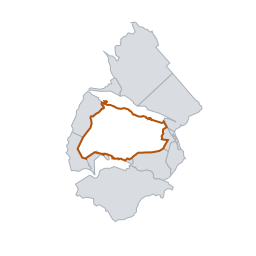 map of Saudi Arabia with Sudan, Israel, Lebanon and 12 others greyed out, rotated 137°
{"feature_id": "SAU", "entity_name": "Saudi Arabia", "entity_type": "country or territory", "adm_level": 0, "iso_a3": "SAU", "parent_name": "Asia", "parent_adm1": "", "projection": "natural_earth1", "projection_center": [44.88, 24.248], "detail": "fine", "context": "with_neighbors", "style": "outline", "palette": "amber", "viewbox_px": 256, "rotation_deg": 137, "n_neighbors": 15, "source": "natural_earth", "source_scale": "50m", "svg_char_len": 10214}
<svg xmlns="http://www.w3.org/2000/svg" viewBox="0 0 256 256"><g transform="rotate(137 128 128)"><path d="M54.7,203.4L51.6,201.3L50.2,200.0L50.7,194.5L48.4,191.6L48.0,188.4L46.6,186.9L46.6,184.2L45.8,182.3L44.3,182.6L45.9,178.9L45.5,176.9L46.8,175.4L46.0,174.3L49.1,167.8L52.6,168.1L53.1,147.1L57.8,147.1L58.1,137.5L105.9,137.5L107.2,142.2L106.3,143.1L106.8,148.0L108.2,153.8L112.0,156.7L109.9,159.5L106.9,160.2L105.6,161.7L103.3,171.9L103.7,173.8L103.0,177.9L101.3,182.7L98.8,185.0L96.6,190.6L94.7,192.0L93.4,197.0L93.4,201.3L93.4,197.5L92.8,197.4L92.4,193.4L90.4,191.5L89.9,188.1L90.4,184.6L88.5,184.2L88.2,185.3L85.8,185.5L86.7,186.9L87.1,189.8L82.7,195.9L80.6,196.4L77.2,193.6L75.6,194.6L75.2,196.0L73.0,196.9L72.9,197.8L68.8,197.8L68.2,196.9L65.3,196.7L63.8,197.5L62.7,197.1L59.9,193.0L56.9,193.7L54.7,200.1L52.0,201.6L54.7,203.4Z" fill="#d9dde1" stroke="#a8b0b8" stroke-width="1"/><path d="M102.9,83.4L101.7,87.6L100.3,87.0L99.4,90.2L100.3,90.7L99.3,91.4L99.1,92.6L101.0,92.0L101.0,93.8L98.9,101.5L96.5,93.3L97.7,91.7L100.0,84.3L102.9,83.4Z" fill="#d9dde1" stroke="#a8b0b8" stroke-width="1"/><path d="M102.9,83.4L100.1,84.3L103.7,76.8L105.5,77.1L106.0,78.9L103.9,80.7L102.9,83.4Z" fill="#d9dde1" stroke="#a8b0b8" stroke-width="1"/><path d="M101.0,92.0L99.1,92.6L99.3,91.4L100.3,90.7L99.4,90.2L100.3,87.0L101.7,87.6L101.0,92.0Z" fill="#d9dde1" stroke="#a8b0b8" stroke-width="1"/><path d="M101.7,87.6L102.4,86.1L106.7,88.0L114.5,82.9L115.9,88.7L107.3,91.9L111.1,96.7L109.8,97.5L109.1,99.1L106.1,99.8L103.4,103.0L99.0,102.2L98.9,101.5L101.0,93.8L101.7,87.6Z" fill="#d9dde1" stroke="#a8b0b8" stroke-width="1"/><path d="M165.1,126.8L165.8,126.5L166.0,127.8L169.1,127.1L174.8,127.4L182.9,118.1L183.7,119.7L184.3,123.5L182.3,123.5L182.0,126.6L182.7,127.3L181.0,128.3L181.0,130.2L179.0,135.2L166.9,132.7L165.1,126.8Z" fill="#d9dde1" stroke="#a8b0b8" stroke-width="1"/><path d="M162.0,124.3L161.7,120.8L162.7,118.3L163.8,117.8L165.0,119.3L165.1,122.1L164.3,124.9L163.2,125.3L162.0,124.3Z" fill="#d9dde1" stroke="#a8b0b8" stroke-width="1"/><path d="M150.4,99.2L152.2,106.1L149.4,106.2L148.4,103.9L144.9,103.4L147.8,98.8L150.4,99.2Z" fill="#d9dde1" stroke="#a8b0b8" stroke-width="1"/><path d="M115.9,88.7L114.5,82.9L123.2,77.9L124.7,72.1L124.4,68.6L126.5,67.4L128.5,64.4L130.1,63.7L134.6,64.3L136.0,65.5L137.8,64.7L140.3,70.4L142.9,71.9L143.2,74.7L141.2,76.3L140.3,80.1L143.0,84.6L147.8,87.3L149.9,90.9L149.3,94.4L150.5,94.4L150.6,96.9L152.8,99.5L147.8,98.8L144.9,103.4L137.6,103.1L126.5,93.4L120.7,90.0L115.9,88.7Z" fill="#d9dde1" stroke="#a8b0b8" stroke-width="1"/><path d="M179.8,134.1L179.9,132.2L181.0,130.2L181.0,128.3L182.7,127.3L182.0,126.6L182.3,123.5L184.3,123.5L186.2,126.8L188.5,128.5L193.8,130.0L196.9,134.4L198.3,135.0L198.3,136.0L193.2,145.1L191.4,144.8L190.6,146.0L190.0,148.4L190.2,152.2L188.3,152.2L185.8,154.0L185.5,156.3L184.5,157.3L182.0,157.3L180.4,158.5L180.5,160.4L178.5,161.7L176.3,161.3L171.7,163.2L167.1,151.9L179.2,147.1L181.7,137.5L179.8,134.1ZM183.7,119.7L182.9,118.1L184.0,116.4L184.5,116.9L183.7,119.7Z" fill="#d9dde1" stroke="#a8b0b8" stroke-width="1"/><path d="M152.8,99.5L150.6,96.9L150.5,94.4L149.3,94.4L149.9,90.9L147.8,87.3L143.0,84.6L140.3,80.1L141.2,76.3L143.2,74.7L142.9,71.9L140.3,70.4L135.7,60.9L136.5,59.4L135.3,53.9L137.9,52.6L138.5,54.4L140.4,56.6L143.1,57.2L144.4,57.1L148.9,53.5L150.3,53.2L151.5,54.6L150.2,57.0L152.6,59.5L153.6,59.2L154.8,62.7L158.5,63.7L161.2,66.1L166.7,67.0L172.7,65.7L173.0,64.6L176.4,63.7L179.0,60.9L181.6,61.1L183.2,60.2L186.0,60.6L190.3,63.0L193.4,63.6L198.0,67.8L200.9,68.0L201.5,72.0L199.3,81.5L201.0,82.2L199.4,84.8L201.3,91.7L204.3,92.5L204.8,95.6L201.4,99.9L205.2,105.4L209.0,107.5L209.3,111.7L211.3,112.5L211.7,114.7L206.0,117.2L204.7,122.8L188.2,119.6L186.4,113.7L184.4,112.8L181.4,113.7L177.4,116.0L172.5,114.4L168.5,110.7L164.6,109.4L158.9,98.4L156.8,99.2L154.2,97.6L152.8,99.5Z" fill="#d9dde1" stroke="#a8b0b8" stroke-width="1"/><path d="M102.4,86.1L103.9,80.7L106.0,78.9L105.5,77.1L103.7,76.8L103.4,73.1L106.6,69.1L106.9,66.4L108.1,67.3L112.4,66.0L114.4,66.9L117.6,66.9L122.0,65.1L128.5,64.4L126.5,67.4L124.4,68.6L124.7,72.1L123.2,77.9L106.7,88.0L102.4,86.1Z" fill="#d9dde1" stroke="#a8b0b8" stroke-width="1"/><path d="M103.7,173.8L103.3,171.9L105.6,161.7L106.9,160.2L109.9,159.5L112.0,156.7L115.4,166.7L123.1,173.5L128.9,180.6L130.9,182.1L129.6,183.2L127.9,182.8L122.0,175.3L118.4,173.4L115.6,173.3L114.6,172.3L112.2,173.4L109.8,171.3L108.5,174.8L103.7,173.8Z" fill="#d9dde1" stroke="#a8b0b8" stroke-width="1"/><path d="M167.1,151.9L171.7,163.2L168.8,164.5L167.9,168.2L157.4,172.5L153.8,175.8L150.7,175.8L148.3,177.8L141.3,179.2L138.7,182.1L132.5,182.4L131.5,179.6L131.6,177.0L128.9,170.1L129.8,169.8L129.7,164.6L131.5,163.1L131.1,161.1L132.1,158.7L133.8,160.0L139.6,159.4L145.8,160.1L146.9,161.7L148.7,160.9L151.6,155.9L155.4,153.8L167.1,151.9Z" fill="#d9dde1" stroke="#a8b0b8" stroke-width="1"/><path d="M105.9,137.5L58.1,137.5L59.6,102.8L58.6,98.9L59.8,95.9L59.3,93.9L60.8,91.6L66.0,91.5L75.4,94.9L80.1,92.0L83.6,91.6L86.4,92.3L87.4,94.6L88.3,93.1L94.5,94.5L96.5,93.3L98.9,101.5L95.6,109.6L94.7,110.4L91.7,106.7L89.0,99.8L88.6,100.3L95.2,117.7L101.4,128.3L100.6,129.1L100.6,132.2L105.9,137.5Z" fill="#d9dde1" stroke="#a8b0b8" stroke-width="1"/><path d="M167.0,151.9L166.1,152.1L165.1,152.2L164.1,152.4L162.8,152.6L161.9,152.8L160.4,153.0L159.2,153.2L157.9,153.4L156.7,153.6L155.7,153.7L155.1,153.9L154.4,154.3L153.3,155.0L152.2,155.6L151.6,156.0L151.0,156.8L150.7,157.3L150.1,158.0L149.7,158.6L149.2,159.4L149.0,160.0L148.6,161.0L148.4,161.2L147.9,161.5L147.4,161.8L146.8,161.7L146.4,161.1L145.9,160.5L145.7,160.2L144.9,160.3L144.0,160.4L143.1,160.3L141.9,160.2L140.9,160.1L140.4,160.0L139.7,159.6L139.3,159.5L138.5,159.4L137.7,159.4L136.9,159.6L136.1,159.5L135.3,159.6L135.0,159.8L134.7,159.7L134.5,159.9L134.3,159.9L134.1,159.8L133.9,159.9L133.5,159.8L133.2,159.5L133.0,159.2L132.8,159.1L132.5,159.0L132.3,159.0L132.0,159.2L131.8,159.3L131.4,159.8L131.5,160.2L131.5,160.4L131.2,160.5L131.1,161.0L131.1,161.8L131.2,162.2L131.3,162.4L131.3,162.6L131.2,163.0L130.8,163.5L130.7,163.7L130.5,163.9L129.8,164.5L129.7,164.1L129.5,163.6L129.5,163.2L129.4,162.8L129.1,162.5L128.8,162.1L128.7,161.7L128.4,161.3L128.1,160.9L127.9,160.3L127.7,159.4L126.7,158.3L125.5,157.3L125.1,156.7L124.5,155.5L124.2,154.5L123.4,153.5L123.4,153.0L123.3,152.5L123.1,152.0L123.0,151.5L122.2,149.6L121.9,149.3L121.7,148.8L121.6,148.5L121.5,148.3L121.0,148.0L120.4,147.2L118.8,145.9L118.0,145.7L117.4,145.3L116.9,144.6L116.5,143.6L115.6,142.5L114.9,140.8L115.1,140.3L115.1,139.8L114.9,139.1L114.6,138.6L114.5,138.1L114.6,137.4L114.7,136.6L114.8,136.1L114.9,135.7L114.8,134.7L114.6,134.2L114.6,133.8L114.3,133.7L114.1,133.3L114.3,133.3L113.9,132.8L113.8,132.5L113.6,131.8L113.4,131.3L112.8,130.1L112.5,129.3L111.8,128.4L111.0,127.7L110.5,127.3L110.3,127.0L109.9,127.0L109.5,126.6L109.2,126.6L108.8,126.5L108.4,125.7L108.0,125.0L107.4,124.0L107.6,123.7L107.8,123.3L107.7,122.8L107.6,122.4L107.3,121.7L106.4,120.1L106.2,119.8L105.8,119.5L105.6,118.8L105.5,118.1L104.9,117.8L103.8,115.5L103.2,114.7L103.0,114.1L102.3,113.2L102.0,112.3L101.3,111.5L100.7,110.0L99.7,108.6L99.3,108.3L98.3,108.2L97.9,108.1L97.5,108.4L97.5,108.0L97.8,107.5L98.2,106.3L98.3,105.3L99.0,102.2L99.8,102.4L100.5,102.5L101.5,102.7L102.5,102.9L103.2,103.0L103.4,103.0L104.2,102.2L105.0,101.5L105.5,100.7L105.9,99.9L106.1,99.8L106.8,99.6L107.9,99.4L109.0,99.1L109.3,98.4L109.7,97.6L109.8,97.4L110.6,97.0L111.0,96.7L110.4,95.9L109.8,95.1L109.1,94.3L108.5,93.6L107.7,92.6L107.1,92.0L108.1,91.6L109.2,91.3L110.3,91.0L111.7,90.6L112.7,90.2L114.3,89.8L115.0,89.5L115.7,88.9L116.6,89.1L117.9,89.3L119.2,89.5L120.5,89.8L121.0,90.0L122.2,90.8L123.1,91.4L124.1,92.0L125.3,92.7L126.1,93.3L127.2,93.9L128.0,94.7L129.1,95.7L130.3,96.7L131.2,97.6L132.5,98.7L133.9,99.8L135.1,100.9L136.2,101.8L137.5,103.0L138.9,103.1L140.7,103.3L142.5,103.5L144.1,103.6L144.8,103.5L145.5,103.6L146.5,103.7L147.2,103.8L148.3,104.0L148.7,104.7L148.8,105.2L148.9,105.7L149.3,106.2L150.1,106.2L150.8,106.1L151.7,106.1L152.4,106.1L152.6,106.6L152.7,107.0L153.1,108.1L153.7,108.9L153.8,109.2L153.9,109.7L153.8,109.9L153.8,110.1L154.2,110.5L155.0,110.9L155.2,111.0L155.6,111.2L155.3,111.4L155.7,112.0L156.2,112.7L156.8,112.8L157.5,113.7L158.6,114.4L159.2,115.2L158.7,115.0L158.7,115.4L158.7,115.8L159.1,116.1L159.4,116.4L159.5,116.9L159.3,117.9L159.2,117.9L158.9,117.7L158.8,117.8L159.0,118.5L159.2,119.1L159.4,119.5L159.6,120.1L159.8,120.4L160.5,121.1L160.7,121.7L160.9,122.7L161.4,123.3L161.6,123.8L161.9,124.2L162.2,124.7L162.5,125.1L162.8,125.2L163.1,125.2L163.5,125.1L163.8,125.0L164.1,125.2L164.4,125.2L164.4,125.4L164.2,125.7L164.0,126.3L164.3,126.4L164.7,126.5L164.9,126.6L165.0,126.6L165.1,127.3L165.2,127.6L165.3,127.8L165.5,128.1L165.8,128.4L166.0,128.7L166.2,129.0L166.4,129.3L166.7,129.7L166.9,130.0L167.1,130.3L167.3,130.6L167.6,130.9L167.8,131.2L168.0,131.5L168.2,131.9L168.5,132.2L168.7,132.5L168.9,132.8L169.1,133.1L169.4,133.1L169.5,133.1L169.8,133.2L170.3,133.2L170.9,133.3L171.7,133.4L172.5,133.6L173.3,133.7L174.2,133.8L175.1,133.9L176.0,134.1L176.8,134.2L177.5,134.3L178.2,134.4L178.6,134.4L178.9,134.5L179.1,134.5L179.4,134.6L179.7,134.2L180.0,134.7L180.3,135.2L180.6,135.8L181.0,136.4L181.3,137.1L181.6,137.5L181.5,138.0L181.3,138.5L181.2,139.1L181.1,139.6L180.9,140.1L180.8,140.7L180.6,141.2L180.5,141.7L180.4,142.3L180.2,142.8L180.1,143.3L179.9,143.9L179.8,144.4L179.7,144.9L179.5,145.4L179.4,146.0L179.3,146.5L179.1,147.1L178.7,147.3L178.0,147.6L177.3,147.9L176.6,148.1L175.9,148.4L175.2,148.7L174.5,149.0L173.8,149.2L173.1,149.5L172.4,149.8L171.7,150.1L171.0,150.3L170.3,150.6L169.7,150.9L169.0,151.2L168.3,151.4L167.6,151.7L167.0,151.9ZM126.5,162.9L126.8,162.9L126.6,162.7L126.8,162.4L127.2,162.9L127.2,163.4L127.1,163.6L127.0,163.4L126.9,163.3L126.9,163.2L126.4,163.2L126.1,163.0L125.7,162.6L125.6,162.2L125.8,162.2L126.0,161.8L125.9,161.5L126.2,161.5L126.3,161.8L126.3,162.4L126.4,162.6L126.5,162.9ZM106.3,121.3L106.2,121.3L105.9,121.0L105.8,120.7L105.6,120.6L104.9,120.2L104.9,119.8L105.0,120.0L105.7,120.5L106.4,121.1L106.5,121.1L106.3,121.3ZM105.1,119.7L105.1,119.8L104.9,119.6L104.9,119.2L105.1,119.0L105.1,119.3L105.1,119.6L105.1,119.7Z" fill="none" stroke="#b45309" stroke-width="2"/></g></svg>